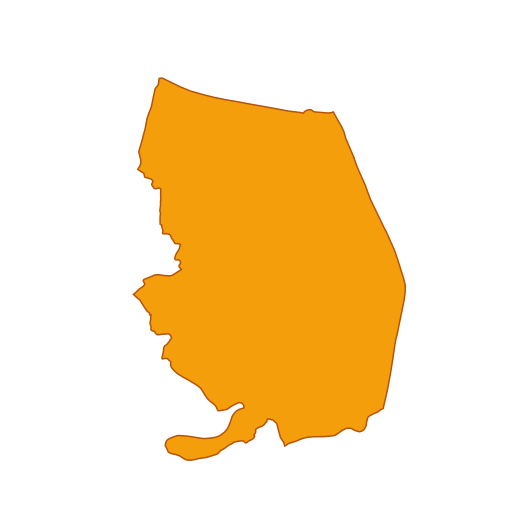 Ban Phraek, Phra Nakhon Si Ayutthaya, Thailand, rotated 255°
{"feature_id": "78962969B33149444798126", "entity_name": "Ban Phraek", "entity_type": "district", "adm_level": 2, "iso_a3": "THA", "parent_name": "Thailand", "parent_adm1": "Phra Nakhon Si Ayutthaya", "projection": "equal_earth", "projection_center": [100.539, 14.646], "detail": "fine", "context": "isolated", "style": "filled", "palette": "amber", "viewbox_px": 512, "rotation_deg": 255, "n_neighbors": 0, "source": "geoboundaries", "source_scale": "gbopen_adm2", "svg_char_len": 5958}
<svg xmlns="http://www.w3.org/2000/svg" viewBox="0 0 512 512"><g transform="rotate(255 256 256)"><path d="M452.0,211.7L452.6,209.3L452.5,208.5L452.4,208.4L452.1,208.2L450.6,207.5L447.7,206.4L447.0,206.0L445.8,204.8L444.3,202.6L443.1,201.5L439.5,199.8L437.0,198.4L427.1,193.5L425.0,192.0L421.9,189.6L420.8,188.9L417.4,186.6L415.1,185.4L408.1,182.1L402.2,178.7L397.7,176.2L387.9,170.2L387.2,169.9L386.4,169.7L378.2,169.5L376.8,169.2L375.2,168.6L374.2,168.0L372.2,166.3L370.3,164.2L367.7,166.4L366.6,167.6L365.1,168.9L364.3,169.1L362.0,168.9L361.0,169.0L360.4,169.7L359.8,170.8L357.6,174.4L357.1,174.8L356.1,175.4L355.3,175.8L354.7,175.7L352.7,174.1L352.1,173.8L351.1,173.8L350.0,174.3L348.2,174.8L347.6,175.3L347.2,175.9L346.9,176.7L346.8,177.1L346.9,179.3L346.7,180.1L346.5,180.5L346.0,181.0L345.1,181.3L344.0,181.1L342.0,180.3L336.9,179.0L335.9,178.9L335.2,178.7L334.7,178.5L333.6,177.9L332.9,177.7L331.0,177.3L326.9,175.8L325.0,174.9L323.8,174.8L322.2,174.8L317.5,173.1L311.4,171.6L311.2,171.7L310.8,172.4L310.3,172.8L307.1,172.6L304.7,172.6L303.9,172.5L302.4,171.7L301.9,171.7L301.6,171.8L300.5,175.8L299.7,177.3L299.4,177.9L299.2,178.1L298.8,178.4L298.4,178.5L295.1,179.0L292.5,180.0L289.4,180.9L289.1,181.0L288.7,181.6L288.2,183.6L287.7,184.7L287.1,185.5L286.7,185.9L283.3,184.1L281.5,182.5L279.0,179.7L277.9,178.8L276.1,177.6L274.5,176.9L274.1,176.9L273.6,177.0L273.2,177.3L272.9,177.7L272.8,178.1L272.6,179.5L272.3,180.1L271.8,180.9L270.7,181.4L269.6,181.5L269.0,181.3L268.2,180.8L267.0,179.4L266.5,179.1L266.1,178.9L265.8,179.0L265.0,179.2L262.2,180.4L262.0,179.4L259.4,171.5L259.2,170.5L259.0,169.0L259.1,168.3L259.3,167.2L260.5,163.5L261.0,162.0L263.0,157.5L263.4,156.1L263.6,155.4L263.8,153.7L263.9,153.1L263.8,152.2L263.1,148.3L262.8,145.7L262.6,143.4L262.4,142.2L262.1,141.2L261.7,140.9L260.9,140.7L258.3,141.2L257.9,141.2L257.6,141.1L257.2,140.8L256.4,140.0L256.0,139.3L255.5,138.2L254.6,135.4L254.3,134.6L251.8,130.3L250.6,127.6L243.6,132.3L242.1,132.9L238.5,133.9L231.4,136.3L230.5,136.8L228.1,138.5L227.6,138.5L226.7,138.0L226.3,139.3L222.5,138.0L218.9,136.4L218.0,136.1L215.0,136.4L214.6,136.3L212.5,135.6L212.0,135.5L211.4,135.6L211.0,135.9L210.8,136.2L209.6,138.2L209.2,138.5L208.7,138.7L207.6,138.9L206.2,139.6L205.8,139.9L205.5,140.4L205.3,141.0L204.7,144.7L204.2,147.4L203.7,150.3L203.6,150.9L203.2,151.6L202.8,152.0L201.7,152.7L200.8,153.0L198.9,153.2L198.6,153.1L198.1,152.7L197.2,151.2L196.3,150.5L195.5,149.6L193.4,146.5L192.8,144.6L192.6,144.3L191.6,143.4L190.5,142.8L188.0,142.0L181.9,138.8L181.3,138.6L181.1,138.7L180.8,139.0L180.5,141.9L180.4,142.4L180.1,143.2L179.9,143.5L179.5,144.0L178.9,144.4L177.8,145.0L176.3,146.0L175.9,146.2L175.3,146.2L174.9,146.1L173.7,145.5L172.8,145.3L171.5,145.3L169.6,145.7L166.9,147.0L164.0,148.8L163.0,149.5L158.9,153.2L153.6,158.7L146.7,165.3L145.0,166.6L142.7,168.2L141.6,168.7L134.6,170.8L131.4,172.0L130.0,172.6L129.0,173.2L127.9,173.9L123.8,176.9L121.8,178.0L120.6,178.5L117.3,179.0L116.8,179.2L116.4,179.5L116.1,179.9L116.0,180.4L115.9,182.1L115.4,187.1L115.5,188.5L115.5,188.8L116.1,190.3L117.0,192.8L118.0,196.3L118.6,199.4L118.7,200.8L118.6,202.0L118.2,203.2L117.8,203.8L117.4,204.2L116.6,204.8L115.8,205.2L115.3,205.4L114.4,205.4L113.2,205.3L112.4,205.1L112.2,200.1L111.6,197.9L111.3,197.0L110.4,195.4L109.5,194.1L108.3,192.5L107.0,191.3L102.6,188.5L99.7,186.3L97.9,184.9L96.4,183.3L95.0,181.6L94.5,180.8L93.9,179.8L93.5,178.8L92.6,176.6L91.9,174.4L91.7,173.6L91.5,172.0L91.4,170.7L91.6,166.8L92.9,159.3L93.3,158.0L93.9,156.4L99.1,144.7L100.2,142.0L102.6,134.9L102.7,134.2L102.8,133.3L102.7,130.4L102.4,127.0L102.0,125.0L101.5,123.2L101.2,122.6L100.7,121.9L100.1,121.3L99.4,120.7L98.3,120.1L95.9,119.2L94.9,119.6L94.3,119.8L89.6,120.5L89.0,120.8L87.9,121.9L87.5,122.4L87.1,123.0L85.1,127.0L82.5,130.7L78.2,134.5L77.2,135.9L76.0,138.7L75.7,139.7L75.4,141.8L75.2,145.1L75.2,148.0L74.8,151.5L74.4,154.6L74.3,157.1L74.4,160.8L74.6,165.0L74.7,166.8L75.0,167.8L75.1,168.1L76.1,169.7L76.7,170.7L77.3,171.7L78.4,176.3L79.5,178.6L80.7,182.4L80.8,183.6L81.1,184.7L81.6,185.9L81.8,186.6L81.7,190.8L81.3,193.4L80.8,195.6L80.4,196.1L80.1,196.4L78.4,197.2L78.2,197.7L78.1,197.9L78.2,198.9L79.0,200.7L79.9,204.7L80.1,205.4L80.4,206.1L81.0,206.9L81.8,207.8L82.1,208.0L82.4,208.1L82.8,208.1L83.1,208.0L83.8,207.7L84.9,209.3L85.5,209.9L85.8,210.1L88.3,210.7L88.6,210.9L89.1,212.1L89.4,213.4L89.9,215.3L90.0,215.8L89.8,217.0L90.0,217.9L90.7,219.3L91.0,220.2L91.4,220.9L92.1,221.7L92.8,222.7L93.0,223.3L93.5,223.7L94.5,224.1L95.1,224.5L95.4,224.7L95.4,225.0L95.3,226.0L95.0,226.9L93.7,228.7L93.6,229.6L93.5,229.8L93.2,230.0L89.0,232.6L88.5,232.7L82.5,232.6L75.3,232.6L74.1,232.7L73.4,232.9L69.1,234.4L68.3,234.6L65.0,234.6L65.2,235.8L66.3,238.5L66.5,239.6L66.7,245.1L66.7,246.2L67.5,251.6L67.7,253.8L67.7,256.1L67.5,258.9L67.4,260.0L66.5,264.9L64.1,274.3L63.2,278.7L62.4,284.3L62.4,285.8L62.9,288.0L63.2,288.9L64.0,290.8L65.3,294.5L65.7,296.0L65.9,297.5L66.0,298.4L65.9,299.2L65.6,301.3L65.2,302.6L64.3,303.9L62.5,305.7L61.5,307.0L60.0,309.4L59.6,310.1L59.4,310.9L59.5,312.4L59.6,313.3L59.9,314.2L60.3,315.1L61.0,316.1L62.0,317.1L63.9,318.6L65.4,319.3L66.8,319.7L67.8,320.3L70.8,322.1L71.1,322.3L71.6,322.8L72.1,324.1L72.6,326.1L73.0,327.8L73.4,329.9L73.9,333.5L74.4,334.8L75.2,336.6L75.5,337.4L75.7,339.3L91.8,347.9L108.0,355.6L120.2,361.1L133.0,366.6L138.3,369.0L144.5,372.4L162.1,381.2L175.6,387.9L181.7,390.4L188.6,392.5L195.1,392.8L216.2,391.9L226.0,391.2L246.2,388.0L249.4,387.2L280.5,381.3L288.2,380.5L295.8,379.9L314.8,376.9L322.2,376.2L325.6,376.1L346.6,373.1L353.0,373.1L358.3,372.3L367.2,369.9L375.1,368.0L375.0,365.4L375.2,363.9L375.5,362.5L379.7,350.8L380.2,349.7L381.0,348.7L382.3,347.7L382.9,347.1L383.2,346.4L383.5,345.6L383.6,344.9L383.6,343.8L383.6,343.0L383.3,341.3L382.8,340.0L381.7,338.7L383.5,335.1L387.5,325.0L394.2,311.1L406.1,285.7L410.1,277.5L414.3,268.2L419.7,257.3L424.8,248.0L432.1,235.7L439.3,226.2L452.0,211.7Z" fill="#f59e0b" stroke="#b45309" stroke-width="1.5"/></g></svg>